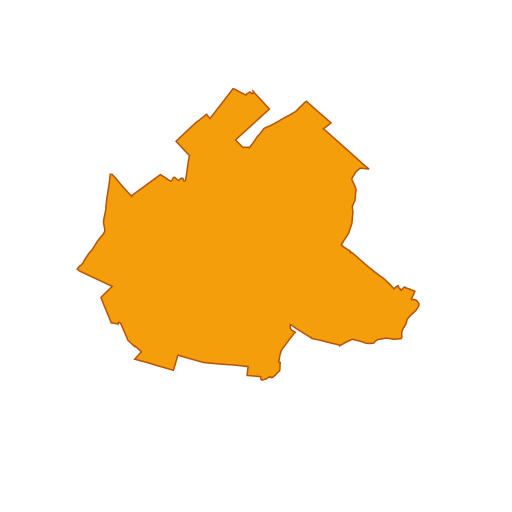 Topolovatu Mare, Timis, Romania, rotated 126°
{"feature_id": "2599482B42995693955942", "entity_name": "Topolovatu Mare", "entity_type": "district", "adm_level": 2, "iso_a3": "ROU", "parent_name": "Romania", "parent_adm1": "Timis", "projection": "albers", "projection_center": [21.637, 45.789], "detail": "fine", "context": "isolated", "style": "filled", "palette": "amber", "viewbox_px": 512, "rotation_deg": 126, "n_neighbors": 0, "source": "geoboundaries", "source_scale": "gbopen_adm2", "svg_char_len": 6093}
<svg xmlns="http://www.w3.org/2000/svg" viewBox="0 0 512 512"><g transform="rotate(126 256 256)"><path d="M371.8,392.8L371.8,389.5L371.7,388.9L366.3,360.8L365.1,354.8L365.1,354.5L380.7,357.1L385.6,349.3L395.2,333.7L394.9,333.3L394.1,332.0L393.3,329.9L393.0,329.2L392.5,328.7L392.4,328.7L392.1,328.2L392.2,327.6L391.7,327.9L391.1,328.1L390.3,328.1L390.1,326.3L390.0,325.9L399.5,309.9L400.6,301.1L400.6,300.7L399.9,300.6L400.9,292.4L410.8,293.5L407.3,284.4L406.6,282.5L406.0,280.9L405.0,278.2L404.3,275.8L397.0,255.6L382.1,260.9L378.1,249.6L375.7,243.1L372.9,235.6L365.0,222.3L359.8,213.9L358.9,212.7L356.0,207.9L352.1,200.8L350.1,197.4L357.9,193.0L355.5,189.1L352.8,184.6L350.8,181.2L351.9,180.5L352.5,179.9L353.0,179.0L353.1,178.8L353.1,178.6L352.8,178.1L352.1,177.5L350.7,176.5L349.3,175.3L348.8,175.1L347.9,174.9L346.7,174.5L346.5,174.1L346.1,173.8L345.3,173.7L345.0,173.4L345.1,173.2L345.5,172.5L345.5,172.2L345.4,172.0L344.8,171.8L344.5,171.3L344.4,171.1L344.2,171.1L343.4,171.0L342.2,170.6L341.7,170.6L341.4,170.3L341.2,170.2L340.8,170.2L340.4,170.5L340.1,170.5L338.9,170.1L337.1,169.9L336.3,169.7L335.7,169.6L335.3,169.3L334.9,169.5L332.8,170.6L332.4,171.0L330.9,171.8L329.8,172.8L328.1,173.6L327.8,173.9L328.2,174.7L328.4,175.3L327.7,175.8L325.9,176.5L322.8,178.1L321.6,178.6L317.7,179.9L316.9,180.0L315.2,180.1L310.9,180.0L309.9,180.0L301.2,179.9L299.4,179.7L296.0,179.8L295.6,179.7L295.3,179.4L294.9,179.3L294.6,179.3L294.7,179.7L294.7,180.2L294.6,180.9L294.7,181.5L295.0,182.7L295.1,183.4L294.7,184.5L294.4,185.2L294.0,186.0L293.3,186.5L293.2,186.8L293.0,187.0L292.2,187.3L291.9,187.7L291.3,188.0L291.2,187.7L291.1,186.9L291.0,182.2L290.9,179.3L290.8,178.1L290.9,177.8L290.8,177.1L290.7,176.4L290.7,175.9L290.5,174.9L290.4,171.4L290.2,170.5L290.3,170.1L290.3,169.6L290.1,168.6L290.0,166.3L289.9,165.5L289.8,163.8L289.8,163.4L289.5,163.2L289.9,162.6L289.6,161.7L289.4,161.3L288.2,158.3L288.0,157.8L287.6,157.3L284.9,150.6L282.0,143.3L280.5,139.8L279.9,138.5L278.8,135.6L279.2,135.4L278.2,135.0L275.5,133.7L274.1,133.2L268.1,129.9L267.0,129.4L266.6,128.8L265.5,125.9L264.9,124.4L263.7,121.7L263.2,120.4L262.8,118.8L262.1,116.4L261.6,115.2L261.2,114.5L260.7,113.7L259.3,111.7L257.4,109.7L257.0,109.5L255.7,109.5L255.0,109.4L251.9,108.2L251.2,107.6L250.5,107.0L248.6,104.9L246.6,103.2L245.7,101.9L244.6,100.2L244.5,99.9L243.6,97.9L242.7,96.2L242.2,95.5L241.2,94.1L238.5,91.2L238.1,90.8L237.6,90.0L237.4,90.1L236.4,90.1L236.0,90.2L235.4,90.6L234.5,91.5L233.3,92.3L232.3,93.2L231.6,93.5L229.1,94.2L227.6,94.4L225.8,94.4L222.5,94.8L221.9,95.0L219.4,96.1L218.1,96.4L217.5,96.4L215.2,96.3L214.0,96.1L212.4,95.9L211.3,95.6L208.5,95.1L207.0,94.7L206.0,94.6L204.9,94.7L203.1,94.7L202.8,94.7L201.8,95.0L200.7,95.0L200.2,95.2L199.9,95.3L198.8,96.2L198.3,97.3L197.7,99.5L197.6,99.9L197.6,100.3L198.0,101.8L198.2,102.4L198.7,103.1L199.1,103.5L199.9,104.7L199.2,105.0L198.6,105.1L196.2,105.6L195.4,105.7L194.6,105.9L193.9,106.1L191.1,106.8L191.3,107.3L191.5,108.8L191.6,109.0L192.0,109.7L192.1,110.0L192.2,110.7L192.2,111.5L192.6,112.3L192.7,112.6L193.0,113.7L193.3,114.8L193.9,117.8L194.0,117.8L194.9,117.9L197.5,118.4L198.4,118.5L198.2,118.9L198.0,119.8L197.8,120.7L197.8,121.8L197.6,122.1L197.4,122.3L197.6,122.4L197.6,122.5L197.4,123.0L196.9,123.1L196.5,123.7L197.4,124.1L198.6,124.5L201.6,125.2L201.3,126.0L201.0,127.7L200.6,129.2L200.1,132.1L199.9,133.4L199.8,134.9L199.6,136.2L199.5,137.0L199.4,137.4L199.3,137.9L199.2,140.2L199.3,143.1L199.1,148.3L199.1,151.5L199.0,153.2L198.8,154.4L198.8,154.8L198.9,155.1L198.9,156.3L197.9,169.2L197.4,173.0L197.2,175.3L196.9,179.8L197.0,180.3L197.4,181.8L197.5,181.7L197.6,182.3L196.7,182.4L196.7,182.8L196.7,183.6L196.8,185.1L197.1,188.9L197.1,191.8L197.1,192.7L197.0,193.5L194.5,193.7L193.3,193.8L192.0,194.0L188.9,194.1L187.3,194.1L185.5,194.4L183.2,194.4L180.7,195.3L175.5,196.8L174.0,197.3L173.4,197.5L168.1,200.7L166.5,201.6L164.6,202.7L163.0,203.9L160.3,206.4L159.5,207.0L159.0,207.3L156.2,208.0L153.4,208.4L148.7,211.0L147.3,212.0L143.7,213.9L143.5,214.0L143.3,214.6L142.2,215.6L141.7,216.4L141.0,217.8L140.5,218.5L140.3,218.8L139.3,220.6L138.3,222.6L137.9,223.2L137.2,223.9L136.9,224.1L136.6,224.0L135.4,224.2L134.7,224.3L133.5,224.2L132.1,224.4L130.5,224.6L128.8,224.6L123.8,223.4L122.1,220.9L120.9,218.6L120.4,217.6L120.1,217.2L119.7,216.3L119.5,216.2L119.2,216.2L119.0,219.8L118.6,224.7L117.0,239.9L116.6,243.4L116.5,245.8L116.3,245.8L116.2,247.1L116.0,249.8L114.6,263.8L113.4,276.2L104.2,273.5L101.6,303.1L101.2,305.3L101.2,306.3L102.6,306.6L103.7,307.0L104.7,307.1L106.2,307.2L110.2,308.1L112.4,308.3L114.7,308.6L116.5,309.2L118.2,309.9L118.9,310.3L120.4,310.8L129.3,315.1L131.9,316.3L132.9,316.6L138.8,319.4L142.6,321.2L144.9,322.9L145.7,323.3L148.2,324.4L149.0,324.6L150.8,324.5L155.5,324.7L158.3,325.1L167.3,324.8L169.5,325.0L172.5,325.0L172.4,326.1L172.9,326.5L175.6,330.3L175.7,330.7L175.8,331.3L175.3,333.8L174.8,337.3L174.1,340.7L167.8,339.5L129.2,331.5L125.8,348.8L124.9,353.4L124.8,353.9L124.7,353.9L124.6,354.1L124.2,354.9L124.2,355.4L125.0,354.6L126.0,354.2L126.3,354.3L126.6,354.4L127.1,354.8L127.1,355.3L126.8,356.5L126.8,356.9L126.9,357.3L127.1,357.6L127.7,357.8L128.3,357.8L128.9,358.1L129.4,358.5L130.2,358.8L131.0,358.6L131.6,358.6L131.8,358.7L133.6,371.5L134.1,372.9L172.0,374.0L170.4,379.3L178.0,381.4L181.5,382.3L181.8,382.7L196.0,385.5L210.2,388.1L213.9,368.9L220.2,365.8L227.1,362.2L231.2,360.0L236.5,357.4L237.2,357.7L237.5,357.9L237.7,358.3L237.6,358.7L237.1,359.5L236.4,360.1L236.5,361.3L236.6,361.8L236.9,362.2L238.1,362.7L239.0,362.7L239.8,362.9L240.1,363.0L240.4,363.6L240.5,364.2L240.5,364.8L240.3,366.2L240.1,367.2L240.1,367.8L240.3,368.3L240.6,368.7L241.4,368.9L243.3,368.5L244.3,368.5L245.2,368.7L245.7,368.7L246.3,381.2L280.1,392.0L280.8,391.6L278.6,403.1L275.4,415.9L274.6,420.3L275.5,422.0L284.1,417.1L295.8,411.2L304.5,406.3L306.5,404.9L315.4,400.9L318.5,399.1L323.8,393.6L325.7,392.7L327.9,392.5L336.9,393.0L342.9,392.5L348.2,392.3L349.1,392.6L353.3,392.7L358.5,392.5L360.6,392.4L363.7,391.9L366.0,392.1L367.8,392.8L369.8,393.0L371.8,392.8Z" fill="#f59e0b" stroke="#b45309" stroke-width="1.5"/></g></svg>